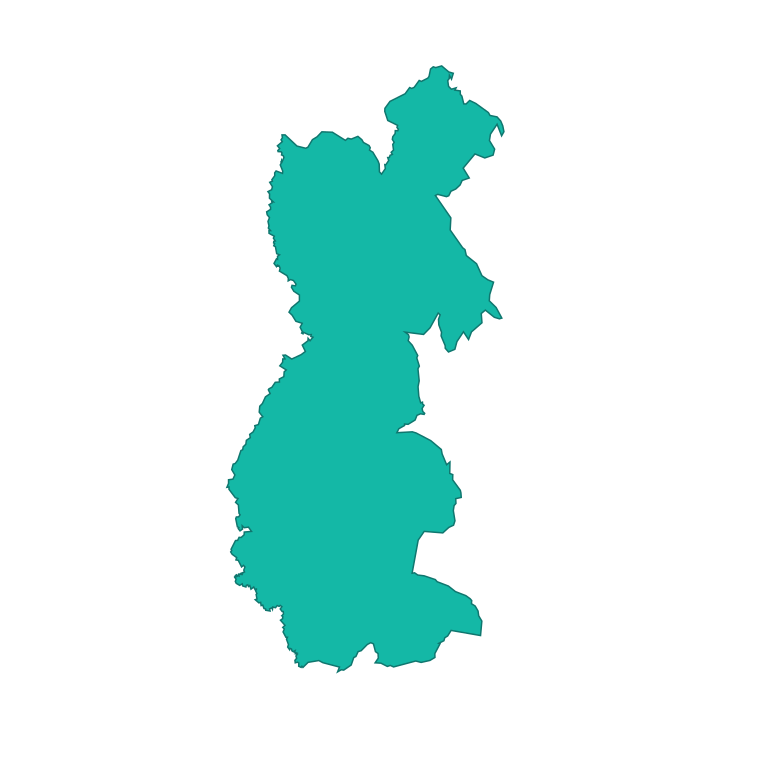 Birim North, Eastern, Ghana, rotated 334°
{"feature_id": "2480657B81401264659986", "entity_name": "Birim North", "entity_type": "district", "adm_level": 2, "iso_a3": "GHA", "parent_name": "Ghana", "parent_adm1": "Eastern", "projection": "robinson", "projection_center": [-0.982, 6.368], "detail": "fine", "context": "isolated", "style": "filled", "palette": "teal", "viewbox_px": 768, "rotation_deg": 334, "n_neighbors": 0, "source": "geoboundaries", "source_scale": "gbopen_adm2", "svg_char_len": 6171}
<svg xmlns="http://www.w3.org/2000/svg" viewBox="0 0 768 768"><g transform="rotate(334 384 384)"><path d="M186.9,603.2L193.8,600.9L204.2,604.0L206.9,607.7L219.9,618.9L216.1,622.4L220.3,622.1L222.4,623.5L231.3,622.2L236.9,616.6L239.3,616.6L243.4,613.2L246.6,613.7L254.8,610.8L258.7,610.7L260.6,612.9L259.0,620.8L260.5,623.6L258.7,627.9L253.8,630.7L258.9,633.6L263.2,639.3L266.3,639.7L268.6,642.5L291.1,646.9L295.3,650.5L304.1,652.6L309.9,652.1L311.5,648.6L320.5,642.0L319.6,641.1L325.3,641.0L327.4,638.7L330.7,638.4L336.3,634.9L360.5,652.4L368.0,640.0L367.5,633.8L369.0,629.3L368.6,623.5L366.3,619.8L367.9,617.1L367.3,614.8L364.8,610.1L357.2,601.9L353.3,593.8L345.1,585.0L344.4,582.3L336.0,574.0L330.6,570.5L328.7,567.1L326.3,566.4L346.3,539.3L355.5,534.1L371.6,543.6L379.5,541.3L384.6,541.4L387.8,538.1L390.8,528.2L393.7,524.0L396.3,522.9L398.2,518.5L403.7,519.8L405.4,515.6L406.0,513.0L403.7,500.2L406.1,495.6L403.9,493.2L409.1,483.0L404.9,484.0L405.6,472.3L406.8,468.0L401.2,455.4L391.4,442.1L388.5,439.4L374.2,433.4L377.7,430.7L384.3,430.3L384.9,429.0L388.0,430.8L396.2,430.0L399.9,426.6L403.8,426.8L406.7,428.9L407.7,428.2L406.8,425.7L407.5,422.7L410.7,420.7L409.9,419.1L410.6,417.2L408.7,417.0L409.9,410.3L413.4,401.4L417.0,396.6L421.2,385.2L423.6,383.4L424.9,374.9L426.8,373.2L426.4,361.5L424.7,355.7L427.2,352.7L427.6,350.5L425.7,346.6L441.3,356.8L450.0,353.7L463.8,344.0L464.8,346.4L461.3,349.8L459.2,354.9L458.4,362.7L456.4,365.8L455.8,376.4L454.7,378.7L456.0,383.5L462.9,383.9L468.1,377.9L478.3,371.9L479.5,381.1L485.5,375.5L498.9,371.9L502.3,363.3L507.5,362.0L512.4,372.4L516.3,376.0L518.8,376.4L518.3,364.4L515.1,355.4L518.2,350.0L527.1,340.5L523.0,335.9L519.5,329.6L519.9,316.5L514.3,304.6L515.7,298.7L514.4,296.0L511.0,274.6L516.9,264.0L512.8,237.1L515.4,237.1L522.3,243.0L524.7,243.2L528.7,240.1L534.0,240.2L539.6,238.5L543.5,235.3L550.9,236.2L549.8,224.7L566.6,217.1L573.7,225.0L582.4,226.1L586.4,221.4L585.5,211.4L589.2,206.1L599.5,200.1L598.5,212.5L602.4,209.8L603.9,204.1L604.2,198.8L602.7,193.5L597.0,189.1L596.8,185.8L589.5,172.1L585.3,166.7L580.5,168.3L578.5,167.2L580.2,159.4L579.6,157.1L581.0,154.0L576.5,150.9L578.6,149.4L573.8,148.6L572.5,144.8L574.3,139.2L576.5,138.1L578.1,135.3L578.3,139.6L582.5,135.1L579.0,131.9L575.3,123.4L569.2,122.3L567.3,120.5L563.9,121.3L559.3,127.3L557.4,128.3L550.2,128.4L548.7,126.6L541.2,130.6L538.5,130.5L537.0,128.8L530.2,132.4L513.3,132.6L505.7,136.6L504.2,139.3L502.9,148.8L509.6,157.5L508.1,159.1L508.6,161.2L507.4,162.4L505.2,161.2L503.8,163.8L500.3,165.6L498.7,167.8L499.1,171.2L496.9,172.5L495.1,177.9L492.0,178.9L492.2,181.3L489.7,181.1L488.2,182.7L486.6,182.1L486.2,185.2L481.6,187.8L480.9,187.2L479.6,191.0L473.8,194.3L472.9,191.3L476.1,184.2L476.4,180.6L475.6,170.8L473.5,167.4L475.2,165.6L475.1,163.1L471.4,157.9L471.2,154.7L469.1,150.0L461.9,149.5L459.3,147.3L456.1,148.1L448.0,135.1L438.7,130.1L432.2,132.5L426.8,133.0L419.4,137.8L417.0,137.8L410.1,132.0L404.3,116.7L401.5,115.4L400.6,118.2L398.5,119.4L398.8,121.6L392.6,123.2L393.5,126.6L390.9,127.6L390.7,128.7L393.3,130.2L393.6,131.5L392.3,133.2L393.5,134.6L393.4,136.5L389.9,139.5L390.0,138.2L389.0,139.6L388.6,138.6L388.8,140.2L386.8,141.6L386.3,148.3L385.1,150.2L380.4,145.2L378.3,146.3L377.1,148.9L372.8,151.2L372.6,152.8L369.7,152.6L370.2,157.8L368.2,160.1L364.0,160.2L364.5,162.9L362.5,166.8L364.3,171.7L363.1,170.9L362.9,172.0L359.2,172.5L359.6,175.2L358.6,177.3L354.0,177.8L353.2,180.7L354.0,184.3L351.0,187.0L349.9,191.5L348.4,193.1L349.2,196.3L347.9,195.6L346.7,198.2L350.2,203.1L348.5,204.4L349.0,207.8L347.5,207.5L346.6,208.8L347.2,209.9L345.5,211.4L346.6,213.0L344.7,219.8L346.7,222.1L344.3,222.5L343.0,225.3L342.2,224.4L338.0,227.4L338.8,231.4L340.3,230.4L341.0,231.2L340.2,231.6L341.5,232.1L341.4,234.4L339.5,236.7L344.3,244.1L344.3,247.2L343.1,249.3L345.8,249.2L348.0,251.3L348.7,255.7L347.4,256.9L344.6,255.0L343.2,256.5L343.6,261.2L347.0,266.9L344.3,272.4L334.3,274.9L330.1,277.8L331.6,281.9L332.3,289.0L337.1,293.6L333.5,296.2L333.5,301.3L332.3,302.1L333.2,303.4L334.3,302.3L338.1,306.9L340.3,307.7L339.1,309.2L340.7,310.8L336.5,312.7L335.8,309.7L334.6,311.8L327.6,313.2L327.6,320.3L322.3,321.3L312.0,321.1L308.2,314.8L305.8,313.9L306.0,318.0L304.0,317.1L302.4,320.0L298.3,322.0L302.3,328.5L299.6,329.3L297.2,333.5L292.1,333.6L290.9,336.4L287.0,334.8L281.8,337.8L278.5,337.9L277.5,338.5L277.5,342.7L271.8,343.6L266.2,348.2L262.6,349.5L259.5,354.6L260.7,360.3L257.9,360.5L253.3,365.4L249.6,364.8L249.0,367.0L245.3,369.7L241.2,370.4L240.3,373.6L235.6,374.3L233.4,377.6L229.9,378.7L228.2,381.1L226.2,381.1L219.2,388.3L215.5,390.2L213.3,389.9L209.6,394.2L210.1,400.4L206.5,403.3L202.3,401.9L200.7,405.2L197.5,408.0L199.5,408.6L198.5,410.7L200.5,421.0L202.6,422.9L198.7,425.3L200.1,428.8L197.0,436.7L197.3,438.5L195.1,439.7L193.0,438.8L191.7,440.0L189.6,448.1L190.6,449.3L189.6,450.0L190.2,452.9L193.2,452.4L194.4,449.3L195.4,451.9L199.4,453.2L200.3,458.4L193.5,455.8L192.2,458.2L188.4,459.3L186.5,458.3L183.9,460.4L181.9,459.6L174.1,465.5L174.1,467.0L172.6,467.7L172.9,470.6L175.5,475.5L173.8,477.2L175.7,478.6L175.8,486.0L178.2,485.4L178.8,487.5L176.4,489.8L176.2,491.8L172.9,491.5L173.7,492.4L173.0,493.1L170.1,491.2L169.5,493.0L167.7,490.7L165.9,491.4L167.4,492.5L165.1,492.5L165.5,494.6L163.8,496.3L163.8,498.4L166.0,501.7L169.0,501.5L168.5,503.6L170.9,505.9L172.0,504.6L173.5,504.8L173.4,506.6L175.0,506.3L174.5,510.1L177.9,509.4L178.0,512.5L180.0,512.1L178.0,513.5L177.9,516.7L176.8,517.1L175.6,521.6L173.7,521.4L175.6,525.9L177.4,526.2L176.4,529.3L178.1,529.6L177.7,533.2L179.0,534.3L178.5,535.5L182.1,538.1L182.6,535.9L185.0,536.0L185.0,537.6L186.3,535.7L188.4,537.5L190.9,536.3L192.3,537.9L193.7,537.5L194.6,539.4L192.1,540.7L192.7,543.8L193.7,544.4L192.8,546.7L190.5,547.5L191.1,548.6L190.0,550.5L187.4,550.9L189.2,557.5L186.3,558.4L187.0,560.5L184.6,562.6L184.8,568.6L186.2,569.3L184.5,570.6L183.9,576.3L182.1,578.2L182.7,581.5L183.7,580.5L184.7,581.6L184.3,583.5L185.1,584.8L187.1,584.7L186.0,585.8L187.7,587.6L186.2,587.7L187.6,588.9L185.6,589.9L185.3,592.2L182.8,593.3L182.0,595.7L184.3,596.1L185.1,597.4L183.6,600.3L185.3,602.4L186.5,601.7L186.9,603.2Z" fill="#14b8a6" stroke="#0f766e" stroke-width="1.5"/></g></svg>